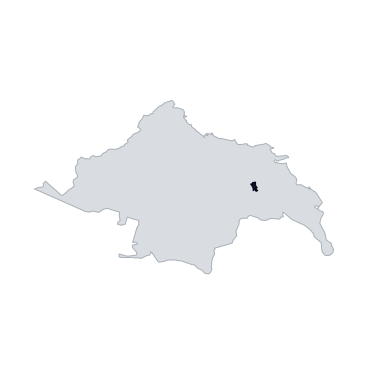 Segovia, Antioquia, Colombia shown in context, rotated 106°
{"feature_id": "7082276B19668764793541", "entity_name": "Segovia", "entity_type": "district", "adm_level": 2, "iso_a3": "COL", "parent_name": "Colombia", "parent_adm1": "Antioquia", "projection": "equal_earth", "projection_center": [-74.607, 7.274], "detail": "fine", "context": "in_parent", "style": "filled", "palette": "ink", "viewbox_px": 384, "rotation_deg": 106, "n_neighbors": 0, "source": "geoboundaries", "source_scale": "gbopen_adm2", "svg_char_len": 5051}
<svg xmlns="http://www.w3.org/2000/svg" viewBox="0 0 384 384"><g transform="rotate(106 192 192)"><path d="M213.7,50.2L210.8,51.8L205.1,53.8L201.3,62.3L198.6,63.8L195.3,68.8L192.9,75.1L191.1,87.8L186.3,98.6L186.6,99.1L188.6,98.6L190.4,97.4L191.1,97.8L191.7,99.7L193.9,100.2L195.7,108.9L199.1,113.4L199.5,115.1L199.9,118.8L198.7,121.0L198.4,129.0L199.4,131.0L202.0,131.8L203.6,136.8L204.7,138.0L206.2,138.8L209.9,138.0L216.6,138.8L218.2,138.7L221.9,136.9L226.6,139.1L230.1,139.4L239.7,154.6L240.6,154.1L241.8,155.0L244.3,153.5L246.3,153.2L249.1,154.0L252.6,154.0L259.9,152.4L260.9,151.5L264.9,152.4L266.1,153.5L266.6,156.4L266.2,158.1L264.8,159.9L264.1,162.1L263.9,164.9L263.2,166.9L262.0,168.2L261.5,170.2L261.8,172.7L261.1,184.1L261.7,185.1L262.1,189.8L263.8,195.9L264.6,197.6L266.0,199.0L268.6,204.1L268.0,205.8L261.5,213.6L261.1,215.4L262.4,214.7L264.4,215.4L265.1,217.3L270.0,222.8L269.9,224.9L271.3,229.0L271.1,230.0L274.4,241.7L274.5,244.2L271.7,244.9L271.6,237.0L271.2,235.4L268.1,228.4L267.4,227.8L265.3,228.6L261.8,233.8L260.1,234.6L258.8,233.8L257.5,230.8L256.6,230.2L255.8,232.8L256.9,235.1L241.3,235.1L238.3,234.1L234.1,235.3L234.1,247.2L241.4,247.4L243.5,250.8L243.3,253.5L243.6,254.5L241.8,255.1L239.3,253.2L234.7,255.5L231.4,256.0L231.1,269.1L233.1,272.4L237.1,275.9L237.6,278.3L237.4,280.5L238.3,283.4L239.6,284.9L239.6,286.6L240.2,288.5L232.5,344.1L229.8,340.7L228.8,337.6L227.4,336.4L224.8,337.3L222.1,335.8L231.1,316.9L230.8,315.2L223.3,310.6L222.5,309.5L218.9,307.0L217.0,307.7L215.8,308.9L213.1,309.3L210.9,307.3L208.3,306.0L205.1,309.2L204.2,309.1L201.9,310.5L199.5,311.0L196.4,309.6L193.9,310.6L192.1,310.4L191.5,309.4L189.2,308.3L189.0,307.0L189.6,304.7L188.6,300.1L188.3,299.3L186.6,299.2L184.6,297.6L184.2,296.6L184.6,294.7L184.2,293.1L182.3,289.4L179.6,288.5L177.0,285.4L174.4,284.4L173.2,282.2L172.1,277.2L169.4,273.4L167.5,272.1L166.8,270.2L164.9,270.0L162.3,267.5L161.1,267.3L160.3,268.5L157.8,267.3L155.8,265.4L153.6,264.9L152.2,263.8L149.6,260.3L146.9,258.5L145.3,259.2L144.8,261.8L143.8,262.3L140.7,261.6L140.1,262.2L139.3,262.0L135.4,260.1L131.6,259.4L130.6,254.9L128.2,253.3L127.4,251.2L125.7,251.5L119.1,247.4L116.4,244.6L114.1,243.1L111.7,239.9L111.3,238.7L109.5,236.9L110.4,234.5L112.6,232.7L115.6,234.1L115.9,231.4L114.9,228.9L115.4,223.4L116.1,222.2L117.7,221.1L118.7,221.5L119.4,220.6L121.8,221.0L122.5,220.7L124.3,218.5L125.1,216.7L125.9,216.9L127.9,213.9L127.6,210.9L129.4,210.3L131.3,205.4L132.2,205.3L132.6,203.0L136.0,195.0L134.7,195.9L133.4,195.3L133.6,192.6L133.2,192.3L132.1,194.4L131.2,192.3L131.5,188.8L129.9,189.5L130.0,188.7L132.2,186.1L133.1,180.2L132.4,178.1L132.0,169.2L131.6,167.5L129.8,165.3L132.6,162.8L133.7,160.8L132.4,156.9L130.7,153.6L130.7,151.6L131.7,151.8L132.1,146.3L131.1,144.2L130.0,144.2L126.2,136.1L124.9,134.4L125.9,130.5L127.0,128.8L126.8,125.8L127.6,126.0L129.2,128.7L129.8,128.3L132.4,125.7L132.4,123.3L134.5,120.9L131.6,112.6L130.7,111.3L131.8,108.6L132.5,108.8L133.6,111.4L135.4,113.1L138.0,117.7L139.1,118.7L138.3,119.8L138.1,120.9L138.5,121.5L140.0,121.6L140.6,120.3L140.2,114.7L139.6,111.9L138.2,109.9L138.7,109.1L141.3,107.7L146.9,102.4L148.8,97.3L150.3,95.5L152.0,94.3L154.0,94.6L155.6,94.0L156.0,92.4L155.0,88.9L156.2,84.1L156.2,81.7L156.9,80.3L156.7,79.7L154.6,81.4L156.7,78.0L158.2,72.9L166.3,63.8L171.5,66.0L173.2,65.9L171.0,67.0L170.7,68.3L171.5,69.7L172.3,70.1L173.0,69.2L174.7,63.9L175.0,61.0L175.7,60.0L176.9,59.7L182.0,60.9L186.9,60.5L194.9,52.9L200.9,49.7L202.3,46.6L202.7,44.3L203.8,43.4L204.9,43.4L205.6,42.1L208.4,40.1L211.3,39.9L214.4,41.7L215.9,44.7L216.1,46.9L213.7,50.2ZM121.9,220.1L121.5,220.5L120.8,219.7L120.5,218.8L121.0,218.1L121.5,218.4L121.9,220.1Z" fill="#d9dde1" stroke="#a8b0b8" stroke-width="1"/><path d="M172.9,130.0L172.8,129.9L172.7,129.8L172.6,130.0L172.4,130.2L172.2,130.2L172.1,130.3L172.0,130.5L172.1,130.9L172.1,131.0L172.1,131.3L172.0,131.5L171.9,131.6L171.7,131.7L171.6,131.8L171.4,132.0L171.3,132.3L171.2,132.3L170.9,132.1L170.8,131.9L170.8,131.7L170.7,131.7L170.5,131.4L170.4,131.2L170.2,131.1L170.1,130.9L169.9,130.9L169.9,131.0L169.7,131.2L169.7,131.3L169.6,131.5L169.3,131.7L168.2,132.9L165.3,133.8L165.3,134.0L165.4,134.3L165.5,134.4L165.8,134.5L166.0,134.8L166.0,135.0L166.1,135.3L166.1,135.5L166.2,135.8L166.2,136.0L166.3,136.1L167.4,136.1L167.5,136.3L168.0,137.1L168.1,137.3L168.3,137.3L168.2,137.3L168.3,137.3L168.3,137.2L168.3,137.3L168.3,137.2L168.5,137.1L168.5,136.9L168.6,136.7L168.7,136.4L168.8,136.2L168.7,136.0L168.8,136.0L168.7,135.9L168.8,135.9L168.8,135.7L169.0,135.7L169.3,135.5L172.4,133.7L172.5,133.6L172.4,133.6L172.5,133.5L172.4,133.5L172.5,133.5L172.4,133.5L172.5,133.5L172.4,133.4L172.5,133.4L172.4,133.4L172.5,133.4L172.4,133.3L172.5,133.3L172.4,133.3L172.5,133.3L172.4,133.2L172.5,133.2L172.4,133.1L172.4,132.9L172.2,132.8L172.3,132.7L172.3,132.4L172.3,132.2L172.5,132.0L172.6,131.9L172.7,131.7L172.8,131.6L172.8,131.4L173.0,131.3L173.0,131.2L173.2,130.9L173.3,130.8L173.3,130.7L173.3,130.4L173.2,130.3L173.2,130.2L172.9,130.2L172.9,130.0Z" fill="#0f172a" stroke="#020617" stroke-width="1.5"/></g></svg>